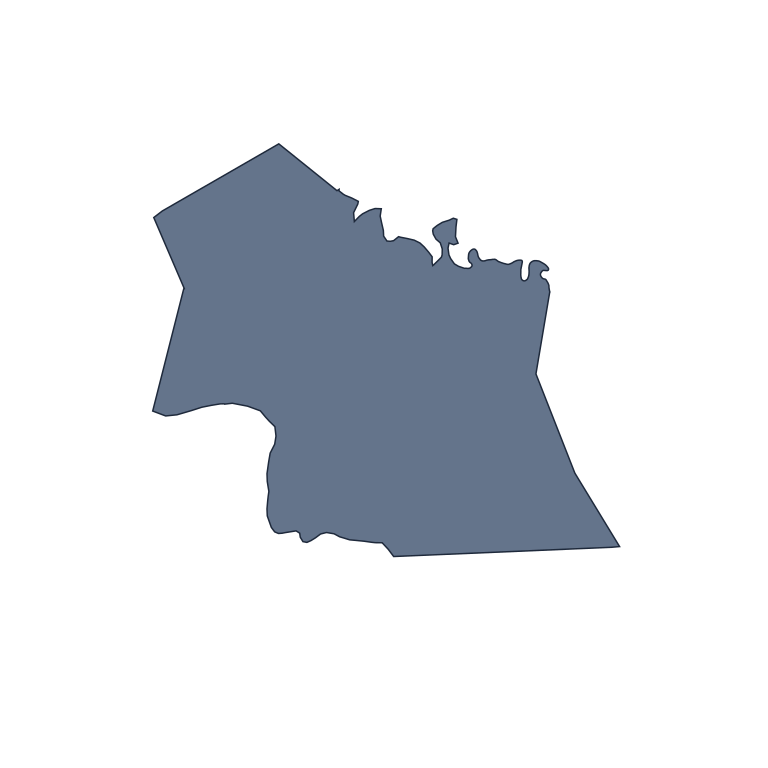 Forest Reserve, Dennery, Saint Lucia, rotated 53°
{"feature_id": "8701671B45291890821133", "entity_name": "Forest Reserve", "entity_type": "district", "adm_level": 2, "iso_a3": "LCA", "parent_name": "Saint Lucia", "parent_adm1": "Dennery", "projection": "albers", "projection_center": [-60.931, 13.977], "detail": "fine", "context": "isolated", "style": "filled", "palette": "slate", "viewbox_px": 768, "rotation_deg": 53, "n_neighbors": 0, "source": "geoboundaries", "source_scale": "gbopen_adm2", "svg_char_len": 5930}
<svg xmlns="http://www.w3.org/2000/svg" viewBox="0 0 768 768"><g transform="rotate(53 384 384)"><path d="M655.6,293.7L570.0,285.2L467.4,256.6L410.5,196.5L410.4,196.2L409.7,195.9L409.3,195.8L408.6,195.4L407.9,195.1L407.2,194.7L406.8,194.5L406.1,194.1L405.7,193.8L405.2,193.5L405.0,193.3L404.5,193.0L404.2,192.9L403.9,192.8L403.6,192.7L402.9,192.5L402.1,192.3L401.5,192.2L400.1,192.1L399.5,192.0L398.8,191.9L398.3,191.9L398.0,191.9L397.7,192.0L397.4,192.1L397.1,192.3L396.9,192.5L396.4,192.9L396.1,193.2L395.8,193.4L395.5,193.6L395.2,193.7L394.7,193.8L394.4,193.9L393.1,193.9L392.6,193.9L392.2,193.8L391.9,193.7L391.5,193.6L391.2,193.5L391.0,193.4L390.5,193.0L390.3,192.8L390.1,192.6L389.8,192.2L389.7,191.9L389.5,191.6L389.5,191.4L389.3,190.9L389.2,190.5L389.0,189.8L389.0,189.4L389.0,189.1L389.0,188.7L389.1,188.4L389.3,188.2L389.7,187.7L390.0,187.4L390.1,187.2L390.7,186.6L390.9,186.4L391.3,185.9L391.6,185.5L391.8,185.2L391.8,184.9L391.9,184.5L391.9,184.2L391.6,183.8L391.5,183.6L391.3,183.5L391.1,183.3L390.9,183.2L390.2,183.0L389.9,183.0L389.3,183.0L388.5,183.0L388.4,183.0L387.8,183.1L387.3,183.1L387.0,183.2L386.7,183.2L386.3,183.3L385.8,183.4L385.2,183.6L384.9,183.7L383.7,184.1L383.3,184.3L382.9,184.5L382.4,184.7L381.7,185.0L381.2,185.2L380.3,185.6L379.9,185.8L379.4,186.1L379.0,186.3L378.6,186.7L378.1,187.2L377.4,187.9L376.8,188.6L376.1,189.6L375.9,189.9L375.8,190.2L375.6,190.6L375.5,190.9L375.4,191.7L375.3,192.1L375.3,192.7L375.3,193.0L375.3,193.5L375.4,194.1L375.5,194.6L375.8,195.2L376.1,195.7L376.4,196.2L376.6,196.5L377.3,197.2L377.7,197.6L378.0,197.9L378.4,198.3L378.8,198.6L379.4,199.0L380.0,199.4L380.3,199.6L381.0,200.1L381.9,200.7L382.4,201.2L382.6,201.4L383.2,201.8L383.3,201.9L383.4,202.0L383.9,202.5L384.4,203.0L385.0,203.8L385.2,204.0L385.4,204.3L385.7,204.8L385.9,205.2L386.0,205.3L386.4,206.1L386.6,206.5L386.6,206.9L386.6,207.5L386.6,207.9L386.6,208.5L386.5,208.9L386.4,209.3L386.2,209.7L385.9,210.1L385.5,210.4L385.2,210.7L384.9,210.8L384.7,210.8L384.3,211.0L383.9,211.0L383.6,211.1L383.2,211.1L382.8,211.0L382.5,210.9L382.2,210.7L381.2,210.3L380.4,209.9L380.0,209.6L379.6,209.4L378.6,208.7L377.8,208.0L377.5,207.8L376.1,206.7L375.8,206.5L375.0,205.9L374.2,205.0L373.8,204.5L373.6,204.4L373.1,203.8L373.0,203.6L372.2,202.8L371.9,202.4L371.1,201.5L371.0,201.4L370.6,201.0L370.1,200.4L369.9,200.2L369.6,200.0L369.5,199.9L369.3,199.8L369.2,199.7L368.8,199.6L368.6,199.6L368.2,199.6L367.9,199.8L367.5,200.2L367.3,200.4L366.9,200.8L366.7,201.2L366.5,201.4L366.0,202.2L365.6,203.0L365.4,203.4L365.3,203.7L365.1,204.4L365.0,204.7L364.8,205.6L364.6,206.5L364.5,207.1L364.5,207.3L364.5,207.9L364.5,208.1L364.4,208.8L364.3,209.3L364.2,209.7L364.2,210.1L364.0,210.5L363.9,210.9L363.7,211.7L363.5,212.2L363.4,212.5L363.2,212.8L363.0,213.0L362.8,213.2L362.6,213.6L362.3,213.8L361.8,214.2L361.6,214.3L361.4,214.5L360.9,214.9L360.5,215.1L360.2,215.5L359.8,215.8L358.2,216.9L357.8,217.2L357.0,217.7L356.3,218.1L355.7,218.5L355.3,218.8L354.7,219.0L354.2,219.2L352.3,219.7L351.9,219.9L351.5,220.1L351.3,220.3L351.0,220.5L350.9,220.7L350.5,221.3L349.8,222.3L349.6,222.7L349.1,223.7L348.9,224.0L348.3,224.9L347.8,225.7L347.2,226.9L346.9,227.6L346.8,227.8L346.7,228.1L346.6,228.6L346.4,229.0L346.2,229.5L345.9,230.1L345.5,230.6L345.0,231.2L344.8,231.5L344.5,231.6L344.2,231.8L343.6,232.0L343.4,232.2L343.3,232.3L341.8,232.3L341.5,232.3L341.2,232.3L340.8,232.3L340.3,232.3L339.7,232.2L339.1,232.1L338.6,231.9L338.1,231.7L337.8,231.6L336.6,231.0L336.2,230.8L335.7,230.6L335.1,230.4L334.8,230.3L334.3,230.1L334.1,230.1L333.7,230.0L333.3,230.0L333.1,230.0L332.6,230.0L331.9,230.1L331.6,230.1L330.9,230.4L330.7,230.6L330.3,231.0L330.2,231.2L330.1,231.4L329.9,231.7L329.8,232.2L329.7,232.7L329.7,233.0L329.7,233.6L329.7,234.5L329.8,235.0L330.0,235.9L330.2,236.5L330.3,236.8L330.7,237.5L331.0,237.9L331.1,238.1L331.4,238.4L331.9,238.9L332.0,239.0L332.4,239.3L332.6,239.5L333.6,240.4L334.0,240.7L334.2,240.9L334.4,241.1L334.9,241.4L335.1,241.5L335.4,241.6L336.1,241.8L336.8,242.1L337.2,242.2L337.4,242.2L338.5,242.2L338.8,242.1L339.0,242.0L339.7,241.8L340.0,241.8L340.2,241.7L340.7,241.7L341.2,241.8L341.5,241.9L341.9,242.1L342.2,242.2L342.4,242.4L342.6,242.7L342.8,242.9L342.8,243.1L342.9,243.3L343.0,243.5L343.0,243.9L343.1,244.3L343.1,244.9L343.1,245.3L343.1,245.8L343.0,246.1L342.9,246.3L342.6,246.7L342.5,247.0L342.4,247.2L341.9,247.8L341.3,248.4L340.8,249.0L340.5,249.4L340.4,249.5L340.1,250.1L334.8,253.7L330.4,255.5L323.9,255.3L319.9,254.4L314.0,251.1L310.6,247.2L314.7,244.5L316.1,240.1L309.4,238.3L301.8,231.9L296.4,226.7L293.3,228.9L292.4,233.3L290.0,240.1L289.4,245.9L289.5,251.2L290.9,252.9L294.0,254.5L299.6,255.3L305.1,254.1L311.2,256.2L315.9,259.9L317.3,261.9L318.1,267.6L318.5,270.8L318.8,272.7L318.8,273.8L315.8,272.4L311.4,269.0L305.7,269.0L298.8,269.4L293.1,270.4L287.3,273.3L281.8,277.9L276.8,282.4L275.1,283.7L275.3,290.1L273.8,293.1L271.6,295.6L265.7,295.3L261.0,292.1L253.6,288.8L247.6,286.0L242.4,280.7L238.5,285.5L236.5,291.2L235.2,298.7L235.3,302.8L236.4,309.9L228.9,305.2L224.5,296.6L222.7,294.6L216.1,297.8L209.9,301.5L207.9,302.3L202.7,303.7L201.5,302.7L201.3,305.2L128.9,323.5L112.4,456.9L112.5,467.3L112.5,467.7L187.7,486.1L187.5,486.7L266.4,585.0L278.1,577.6L284.0,567.9L285.9,562.9L289.4,553.6L292.9,543.5L297.2,534.6L301.3,526.8L303.6,523.6L304.1,523.5L308.1,516.7L319.6,506.3L325.6,502.4L331.0,498.9L339.3,498.5L344.7,498.0L352.4,496.8L360.6,501.6L366.3,507.5L370.7,516.5L376.9,523.1L385.2,531.4L391.6,535.9L400.5,540.6L403.7,543.8L407.3,547.2L413.3,552.6L419.1,556.6L423.5,558.0L430.8,560.3L436.3,560.3L439.9,558.2L441.9,555.1L443.1,552.6L448.4,542.6L452.4,541.1L456.0,543.1L461.1,543.6L464.1,540.9L465.1,536.7L465.6,531.3L465.6,525.0L467.9,519.5L468.2,519.1L473.6,514.0L479.3,511.4L482.8,508.8L487.8,505.2L491.6,501.0L497.5,494.6L503.1,489.0L504.7,487.3L505.6,486.3L509.7,481.0L518.4,480.1L527.6,480.1L651.3,300.6L655.6,293.7Z" fill="#64748b" stroke="#1e293b" stroke-width="1.5"/></g></svg>